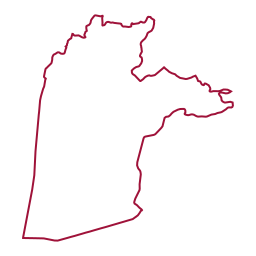 SVG path tracing the border of Kandahar
{"feature_id": "AFG-1754", "entity_name": "Kandahar", "entity_type": "Province", "adm_level": 1, "iso_a3": "AFG", "parent_name": "Afghanistan", "parent_adm1": "", "projection": "orthographic", "projection_center": [66.2, 31.058], "detail": "fine", "context": "isolated", "style": "outline", "palette": "rose", "viewbox_px": 256, "rotation_deg": 0, "n_neighbors": 0, "source": "natural_earth", "source_scale": "10m", "svg_char_len": 5249}
<svg xmlns="http://www.w3.org/2000/svg" viewBox="0 0 256 256"><path d="M231.0,91.4L229.7,92.4L227.8,93.2L225.8,93.4L221.7,92.5L219.7,92.6L218.9,93.9L219.4,95.0L220.3,96.2L221.2,97.4L221.6,100.3L222.5,101.4L223.8,102.2L225.0,102.6L230.3,101.8L232.6,102.5L232.9,105.6L232.3,107.0L231.3,107.5L228.8,107.4L227.8,107.7L226.9,108.4L226.1,109.2L222.1,111.8L220.9,112.3L217.5,113.0L215.2,114.0L211.4,114.6L207.0,116.5L205.8,116.7L201.8,116.4L198.5,116.6L197.4,116.5L196.1,116.0L193.8,114.7L192.5,114.4L191.2,114.4L188.8,115.1L187.5,115.1L186.1,114.8L185.3,114.5L184.8,114.2L184.7,113.6L184.9,113.1L185.3,112.7L185.4,112.0L185.3,110.4L184.8,109.4L183.9,108.9L180.2,109.0L177.8,109.7L173.5,111.8L171.6,113.5L170.2,115.2L168.5,116.5L166.1,116.8L164.6,117.9L162.5,126.3L161.2,128.0L155.3,134.2L153.8,134.9L145.2,136.6L144.2,137.2L143.6,138.3L137.3,162.2L137.1,165.4L138.2,168.4L139.8,170.4L140.3,171.3L140.6,172.8L140.8,174.4L139.6,184.2L139.7,188.7L139.5,190.1L135.3,198.6L134.4,201.4L134.2,202.6L134.6,203.6L136.9,205.1L139.5,207.8L141.5,209.4L142.0,210.1L141.8,210.4L141.2,210.6L140.9,210.8L139.5,213.1L137.8,215.4L132.7,219.1L127.2,220.7L123.5,221.8L119.7,222.9L116.0,224.0L112.2,225.1L108.5,226.2L104.7,227.3L101.0,228.3L97.2,229.4L93.4,230.5L89.7,231.6L85.9,232.6L82.2,233.7L78.4,234.8L74.7,235.9L70.9,236.9L67.1,238.0L57.7,240.6L54.5,240.5L43.8,238.4L35.0,238.2L23.1,238.0L23.1,237.9L23.1,237.5L32.2,189.6L34.3,175.3L35.5,151.3L38.8,114.4L39.1,111.9L40.1,100.3L41.0,96.1L43.1,88.9L44.1,86.6L44.2,86.2L45.3,79.7L45.8,78.7L45.6,78.4L45.2,78.2L44.8,77.8L44.2,77.2L44.0,76.7L44.1,75.9L45.4,69.6L45.6,69.1L45.7,68.7L45.9,68.5L47.0,67.6L47.5,67.0L50.3,64.3L51.3,63.3L51.6,62.6L52.2,59.9L52.3,57.4L52.8,56.1L53.3,55.2L53.6,54.8L54.0,54.5L54.3,54.3L54.7,54.2L55.8,53.6L56.9,52.8L57.5,52.5L58.0,52.3L59.0,52.4L59.5,52.6L60.5,53.4L61.0,53.6L61.6,53.7L62.9,53.8L63.9,53.6L64.3,53.3L64.7,52.7L65.6,49.3L66.1,48.3L66.3,47.7L66.3,47.3L66.0,47.0L65.8,46.8L65.6,46.5L65.8,46.3L66.0,46.2L66.5,45.9L66.7,45.6L66.9,45.3L67.0,44.4L67.0,44.0L67.6,42.8L67.7,42.3L67.7,41.8L68.0,40.7L69.8,39.1L70.9,38.5L71.2,38.3L71.3,38.0L71.3,37.7L72.4,33.9L73.0,34.0L73.9,35.2L74.4,35.5L75.2,35.6L78.5,35.4L79.5,35.8L81.9,37.2L82.8,37.5L83.6,37.7L84.5,37.6L85.0,37.5L85.4,37.1L84.4,35.2L84.4,34.9L84.4,34.5L84.5,34.3L84.7,34.0L84.9,33.6L85.3,32.3L85.4,32.0L85.5,31.9L85.6,31.7L85.8,31.6L86.4,31.2L86.8,30.9L86.8,30.6L86.4,29.1L86.3,27.5L86.3,26.7L86.4,26.3L86.5,26.1L87.8,25.4L88.7,25.1L89.0,24.9L89.4,24.5L89.9,23.9L90.5,22.9L90.7,22.0L90.9,20.8L91.2,20.0L91.9,18.9L94.1,16.1L94.5,15.7L94.8,15.5L95.2,15.4L95.8,15.4L100.4,16.3L101.2,16.2L102.2,15.8L102.4,15.9L102.6,15.9L102.7,16.2L102.7,16.4L102.5,16.7L102.3,17.4L102.2,18.3L102.5,22.6L102.4,24.7L102.4,25.2L102.5,25.4L102.7,25.5L102.9,25.4L104.0,25.2L104.3,25.1L104.6,24.9L104.8,24.6L105.1,24.3L105.8,23.0L106.1,22.7L106.3,22.5L106.6,22.3L107.2,22.0L107.9,21.9L108.3,21.9L108.9,22.0L110.9,22.7L111.2,22.7L112.6,22.5L113.1,22.6L114.2,22.9L117.5,23.3L120.4,23.6L121.2,23.9L121.3,24.1L121.4,24.7L121.6,24.9L122.2,25.8L122.7,26.3L123.2,26.5L123.8,26.6L124.8,26.5L128.7,27.0L130.8,26.6L131.1,26.3L131.3,26.0L131.3,25.7L131.3,24.7L131.3,24.3L131.5,23.9L131.8,23.4L132.1,23.3L132.3,23.3L132.5,23.4L132.6,23.7L132.9,24.0L133.6,24.1L134.3,23.9L138.4,23.3L139.1,23.0L139.4,22.6L140.9,21.7L142.9,22.5L143.4,22.5L144.3,22.5L144.7,22.3L145.1,22.0L146.4,20.0L147.1,18.2L147.4,17.7L147.8,17.1L148.1,16.9L148.3,16.8L148.5,16.9L148.7,17.0L149.0,17.0L149.9,16.9L150.4,17.0L150.6,17.1L150.8,17.4L151.0,17.9L151.2,18.1L151.4,18.3L152.1,18.7L152.5,19.1L152.7,19.3L153.4,19.4L153.8,19.7L154.1,20.1L154.3,20.5L154.2,20.9L154.0,21.6L154.0,22.0L154.1,23.2L154.1,23.6L154.0,24.1L153.3,27.5L153.2,27.9L152.5,29.1L151.7,30.5L150.9,31.1L148.6,32.3L148.0,32.8L147.5,33.3L146.7,35.7L146.3,36.4L145.6,37.7L144.6,39.0L143.1,40.2L141.6,41.8L141.2,42.3L140.9,43.0L140.7,43.9L140.7,44.4L140.8,45.1L141.1,45.8L141.2,46.2L141.2,47.1L141.4,47.7L141.4,47.8L141.5,48.0L141.6,49.6L141.9,51.3L141.8,51.7L141.7,52.1L140.8,53.6L140.0,55.6L140.0,56.0L140.1,56.4L140.3,56.6L141.0,57.1L141.6,57.5L142.0,59.1L142.1,61.0L141.9,61.5L141.2,63.4L139.8,65.3L139.3,66.0L139.0,66.2L138.7,66.4L136.3,67.0L134.8,67.9L133.9,68.5L131.8,70.5L131.9,72.3L132.0,72.9L132.4,73.6L132.7,74.0L132.9,74.2L134.9,75.5L140.0,80.9L140.2,81.0L140.6,81.0L143.1,79.2L144.6,77.6L145.4,76.9L146.7,76.2L147.8,75.7L149.1,75.4L149.4,75.4L149.7,75.5L150.0,75.7L150.6,75.8L151.6,75.8L154.4,75.2L155.1,74.9L163.1,68.2L163.8,67.4L164.1,67.3L164.3,67.4L164.8,68.0L165.0,68.3L168.0,70.7L169.0,71.7L171.8,73.2L174.3,74.0L174.9,74.2L175.5,74.6L176.0,75.2L177.1,76.1L178.5,76.9L179.5,77.6L180.1,77.9L180.7,78.0L181.0,78.1L182.7,78.4L185.6,79.0L187.0,78.9L191.5,77.5L192.8,76.7L195.5,75.7L197.2,78.5L198.0,80.8L198.1,81.0L198.3,81.1L199.2,81.2L199.6,81.3L200.1,81.5L200.3,81.6L201.3,83.6L201.7,84.2L202.1,84.6L202.8,84.9L203.4,85.1L203.6,85.1L203.9,85.0L204.1,84.8L204.4,83.9L204.6,83.6L204.8,83.5L205.9,83.7L208.7,85.3L210.1,87.8L210.3,88.9L210.3,89.2L209.7,90.3L209.6,90.8L209.6,91.1L209.7,91.3L210.0,91.5L210.4,91.6L210.7,91.6L211.1,91.6L211.4,91.6L213.4,91.1L213.8,91.1L218.1,91.2L219.1,91.1L220.1,90.9L223.5,89.5L224.9,89.5L227.3,89.7L227.8,89.8L231.0,91.4L231.0,91.4Z" fill="none" stroke="#9f1239" stroke-width="2"/></svg>